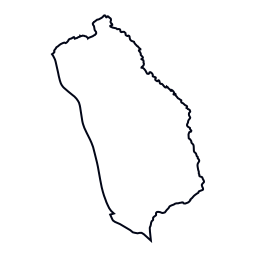 Cornu, Prahova, Romania
{"feature_id": "2599482B24728633009802", "entity_name": "Cornu", "entity_type": "district", "adm_level": 2, "iso_a3": "ROU", "parent_name": "Romania", "parent_adm1": "Prahova", "projection": "robinson", "projection_center": [25.708, 45.167], "detail": "fine", "context": "isolated", "style": "outline", "palette": "ink", "viewbox_px": 256, "rotation_deg": 0, "n_neighbors": 0, "source": "geoboundaries", "source_scale": "gbopen_adm2", "svg_char_len": 5614}
<svg xmlns="http://www.w3.org/2000/svg" viewBox="0 0 256 256"><path d="M189.7,110.0L188.5,109.2L187.8,109.0L187.4,108.4L186.5,107.9L187.1,106.7L186.9,106.1L186.1,105.6L185.2,105.2L184.8,104.9L183.1,103.3L181.9,102.8L181.6,102.6L181.1,101.8L181.2,101.3L181.3,100.6L181.2,100.2L180.1,99.6L179.0,98.8L177.9,98.2L176.7,96.6L175.5,95.3L175.5,94.9L175.6,94.7L175.6,94.2L175.3,93.9L175.0,94.0L174.3,94.5L174.0,94.6L173.6,94.4L173.5,94.2L173.6,93.9L174.1,93.3L174.0,92.4L173.4,91.4L172.7,90.8L172.5,90.5L172.1,90.2L171.6,90.0L171.4,90.6L171.3,90.9L171.1,90.9L170.8,90.8L169.9,89.5L168.2,88.1L167.8,87.3L167.2,86.9L166.8,86.7L166.6,86.5L166.4,86.9L166.2,87.4L165.6,87.5L165.1,87.3L164.2,86.5L162.7,84.6L162.2,84.2L161.9,83.9L160.9,83.9L160.3,83.7L159.9,83.2L159.8,82.6L159.6,82.3L159.5,81.4L159.2,80.7L158.7,80.3L158.1,80.5L157.8,81.0L157.6,81.1L157.2,81.2L156.3,80.7L155.5,80.1L155.3,79.6L155.2,79.0L155.5,78.5L155.8,78.1L155.8,77.8L155.7,77.5L155.0,77.1L153.1,76.5L152.8,76.3L152.7,76.1L152.8,75.1L152.7,74.6L152.2,73.6L151.0,72.5L150.5,72.2L149.6,72.3L149.4,72.5L149.3,73.2L149.2,73.4L148.7,73.8L148.4,73.9L148.1,73.9L147.4,73.7L147.1,73.6L146.8,73.1L145.8,71.3L145.5,70.6L144.0,68.8L143.4,68.3L142.9,67.9L141.5,67.7L141.5,67.4L141.7,67.1L143.0,66.0L143.5,65.3L143.8,64.7L143.9,63.4L143.5,62.6L143.6,61.5L143.4,60.4L143.1,60.1L141.7,59.3L141.5,59.1L142.0,58.7L142.6,58.3L142.9,57.7L142.8,57.3L142.5,56.8L140.8,55.0L140.7,54.8L140.8,53.8L140.3,52.6L140.1,52.2L139.3,51.3L138.9,50.7L138.9,50.3L139.0,50.2L139.7,49.7L140.4,49.5L140.4,49.3L140.4,49.0L139.5,48.3L138.5,47.3L138.2,46.8L137.7,46.3L136.9,45.9L136.2,45.0L135.5,44.4L134.4,42.9L134.0,41.8L131.6,40.9L131.1,40.6L130.6,40.1L130.0,39.2L129.8,38.2L129.6,37.3L129.5,36.4L128.9,35.8L128.4,35.6L127.6,36.0L127.3,36.0L126.3,35.5L125.9,35.2L125.7,35.0L125.6,34.6L125.5,33.1L124.2,31.9L123.9,31.8L122.3,31.9L121.6,32.1L121.2,32.0L120.7,31.8L120.5,31.5L120.2,29.9L120.0,29.6L119.7,29.2L118.5,29.0L118.1,29.1L117.4,29.2L117.2,29.2L116.5,28.5L115.6,28.2L112.7,27.6L110.8,26.8L110.4,26.5L110.2,26.0L110.3,25.8L110.6,25.6L112.0,25.2L112.3,24.9L112.2,24.4L111.9,23.8L110.9,22.9L110.6,22.3L110.5,21.7L110.9,20.6L111.0,19.9L110.9,19.3L110.8,18.8L110.4,18.3L109.3,17.6L108.5,16.7L107.9,16.3L107.6,16.3L107.2,16.4L106.8,17.2L106.5,17.3L106.3,17.3L105.6,16.5L104.9,15.4L104.4,15.4L103.9,15.6L103.0,16.6L102.7,17.0L101.5,17.9L98.7,19.4L97.1,19.7L94.1,22.0L93.9,22.0L93.5,22.7L92.9,23.2L92.8,23.6L92.9,24.4L93.0,24.7L94.0,26.2L94.6,29.7L94.9,30.4L96.0,31.8L96.1,32.3L96.2,32.8L96.1,33.7L95.7,33.9L95.0,34.9L93.7,35.5L92.8,36.2L88.3,38.0L88.0,38.3L87.9,37.9L87.3,37.5L86.8,37.0L86.1,36.4L84.7,36.1L84.1,35.8L83.0,35.7L82.7,35.6L82.0,35.9L80.7,36.2L80.1,35.8L79.9,36.5L79.7,36.8L78.6,37.0L76.8,38.1L76.1,38.1L74.8,38.7L74.2,37.8L73.9,37.1L73.3,37.3L71.7,38.3L70.8,38.7L70.1,38.8L68.8,39.5L68.6,39.8L68.4,40.5L68.1,40.9L66.9,42.3L66.0,42.9L65.7,43.1L64.3,42.6L64.0,42.7L62.8,43.1L60.7,44.1L59.2,45.2L58.1,46.2L56.4,47.3L56.2,47.6L56.1,48.0L55.6,48.6L55.3,49.2L54.7,49.8L54.2,50.7L54.1,51.0L54.4,51.7L54.4,52.0L53.5,53.1L52.0,54.2L53.1,55.8L54.0,57.5L55.0,59.6L55.6,61.6L57.0,67.8L58.0,72.2L58.8,76.2L59.9,80.6L60.7,83.0L61.5,84.7L62.8,86.6L63.8,87.7L68.3,91.6L73.6,95.9L74.4,96.5L75.7,97.9L76.4,98.6L78.0,100.9L79.0,102.7L79.2,103.4L79.8,105.5L80.2,107.6L80.8,111.5L82.3,121.1L82.8,123.3L83.3,124.9L84.4,128.0L86.6,132.7L90.0,139.5L91.4,142.6L92.7,146.0L93.1,147.1L94.9,154.1L97.0,162.6L97.9,166.8L100.3,180.2L101.7,187.3L102.8,191.6L104.0,195.6L105.7,200.2L106.4,202.2L107.6,204.9L109.2,208.2L110.9,210.6L111.4,211.2L113.9,213.5L112.6,213.9L110.2,214.6L112.3,219.3L113.0,220.5L115.0,221.9L120.0,224.1L130.3,230.2L132.8,232.3L134.8,232.8L137.6,233.3L139.5,232.9L141.7,232.9L143.8,234.2L150.9,240.6L149.9,231.0L149.9,229.9L149.8,228.9L149.8,227.8L150.0,227.0L150.5,226.0L150.9,224.3L151.1,222.8L151.4,222.0L151.7,221.2L152.8,220.3L153.1,219.8L153.1,218.7L153.1,218.0L153.2,217.6L153.7,217.0L155.7,215.5L156.0,215.2L156.1,214.9L156.0,213.5L156.1,213.0L156.2,212.7L156.6,212.3L157.0,212.0L157.7,211.9L158.6,211.9L160.3,212.2L161.6,212.8L162.2,212.9L162.7,213.0L164.0,212.7L165.0,212.3L166.7,210.0L168.3,208.4L168.9,207.6L169.4,206.6L170.2,206.0L171.7,205.3L173.7,204.6L175.1,203.7L176.6,203.3L178.2,203.3L180.0,202.8L181.1,202.7L181.9,202.4L182.4,202.4L182.7,202.4L183.1,202.6L183.5,203.3L183.9,203.4L184.6,203.5L185.3,203.5L187.3,202.8L188.4,202.3L189.5,201.3L190.3,200.3L190.2,200.1L190.3,199.6L190.9,199.1L191.2,198.7L191.9,198.2L194.0,195.8L195.5,194.6L197.5,193.2L198.2,192.9L198.5,192.5L198.6,191.8L198.8,191.5L199.0,191.3L202.7,189.9L203.0,189.5L203.1,189.1L203.0,188.5L202.8,187.8L202.4,187.1L201.9,185.6L201.8,184.9L202.3,183.9L203.9,182.2L204.0,181.3L203.6,180.3L202.8,178.9L202.5,178.0L202.2,177.3L201.7,177.0L199.9,176.4L199.5,176.1L199.3,175.7L199.3,174.4L198.8,173.7L198.8,173.2L198.8,171.7L198.2,169.9L197.7,167.1L197.5,165.6L197.6,164.3L197.9,163.4L199.1,161.4L199.2,160.5L199.0,159.9L198.7,159.3L198.0,158.6L197.7,158.1L197.8,157.3L197.7,156.9L196.8,156.2L196.0,153.6L195.4,152.9L194.5,152.2L194.2,151.7L193.9,151.0L193.7,146.4L193.5,145.2L193.2,144.6L192.8,144.1L191.7,143.0L191.4,142.5L191.3,141.4L191.0,140.7L190.2,139.4L188.8,138.4L188.7,137.5L188.5,134.7L188.8,133.4L189.4,132.1L191.0,131.6L191.3,130.9L191.3,130.6L190.4,129.6L190.0,128.9L189.9,127.9L187.9,126.7L187.3,126.0L187.1,125.6L187.0,125.1L187.1,124.3L188.0,122.5L188.1,121.4L188.4,120.5L188.9,119.6L189.9,118.5L190.1,118.0L190.2,117.7L190.1,117.3L189.1,115.5L188.9,114.5L189.0,113.2L189.5,112.5L190.0,112.0L190.2,111.7L190.2,111.4L190.1,111.0L189.7,110.0Z" fill="none" stroke="#020617" stroke-width="2"/></svg>